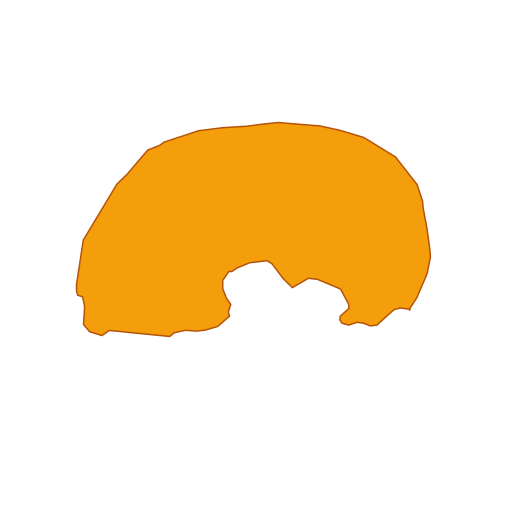 N'Djaména, Ville de N'Djamena, Chad, rotated 311°
{"feature_id": "50815135B39277656442366", "entity_name": "N'Djaména", "entity_type": "district", "adm_level": 2, "iso_a3": "TCD", "parent_name": "Chad", "parent_adm1": "Ville de N'Djamena", "projection": "natural_earth1", "projection_center": [15.012, 12.105], "detail": "fine", "context": "isolated", "style": "filled", "palette": "amber", "viewbox_px": 512, "rotation_deg": 311, "n_neighbors": 0, "source": "geoboundaries", "source_scale": "gbopen_adm2", "svg_char_len": 1849}
<svg xmlns="http://www.w3.org/2000/svg" viewBox="0 0 512 512"><g transform="rotate(311 256 256)"><path d="M265.1,104.8L233.8,105.1L218.8,103.9L154.7,115.2L116.8,139.2L111.8,143.6L109.5,147.1L109.5,147.3L110.9,150.6L111.5,151.8L108.0,156.5L107.3,157.5L105.7,159.6L99.5,164.4L97.4,166.0L91.6,170.4L91.1,170.8L90.3,176.4L90.2,177.1L89.7,180.1L90.0,180.7L92.0,185.3L93.4,188.6L93.8,189.5L94.9,191.9L96.5,192.3L99.1,193.0L101.8,193.7L103.5,194.1L104.3,195.2L113.3,207.8L114.7,209.9L119.5,216.7L125.3,224.8L138.7,243.7L144.2,244.6L144.4,244.6L149.9,248.7L152.1,250.4L153.6,251.5L155.6,254.1L156.5,255.3L157.7,257.0L160.4,260.5L163.0,262.9L166.1,265.8L166.8,266.3L177.7,273.3L189.0,274.9L189.5,275.0L191.4,275.2L192.4,275.4L193.2,275.5L195.6,271.8L202.9,268.7L203.6,265.9L203.7,265.4L204.3,263.4L204.8,261.2L206.2,258.6L209.4,252.5L215.7,246.9L223.7,246.0L226.5,245.7L228.4,247.9L234.9,249.7L246.8,255.7L258.7,266.5L259.7,267.4L259.8,267.5L260.3,270.9L260.6,273.1L260.4,274.1L260.4,274.4L259.2,279.9L257.1,289.9L256.8,291.2L256.3,298.9L256.0,304.2L263.9,306.9L265.0,307.3L272.9,309.9L273.6,310.2L276.1,313.9L278.7,317.7L281.2,325.2L284.3,334.6L286.5,341.4L283.2,350.3L280.5,357.4L279.1,358.7L277.2,360.5L275.5,360.3L265.8,359.1L263.3,360.9L262.9,361.2L262.8,361.3L261.7,365.0L264.6,371.2L265.5,371.8L267.4,372.9L272.2,375.7L275.0,380.0L275.7,381.0L276.1,382.1L278.3,388.2L283.2,392.6L284.6,392.8L286.1,392.9L297.9,394.3L298.1,394.3L302.2,394.9L305.9,395.3L311.6,399.1L313.6,402.3L316.1,406.3L316.2,408.1L316.6,406.7L324.1,405.6L329.8,404.8L355.0,396.7L369.4,388.5L375.6,382.3L389.5,366.3L401.6,351.0L406.6,345.8L415.6,330.7L422.3,296.1L422.2,295.9L416.2,259.8L406.1,237.2L396.1,218.9L387.5,207.3L371.5,185.4L358.9,173.6L348.1,164.1L331.1,146.8L312.9,130.5L281.8,112.0L275.8,110.5L265.1,104.8Z" fill="#f59e0b" stroke="#b45309" stroke-width="1.5"/></g></svg>